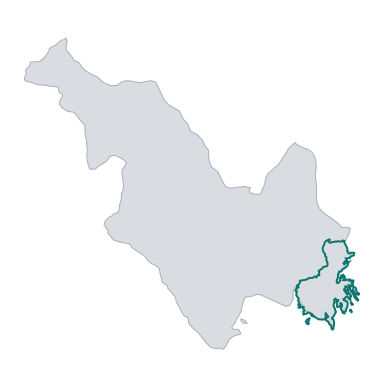 Hwanghae-namdo on a map of North Korea (Robinson projection), rotated 268°
{"feature_id": "PRK-3304", "entity_name": "Hwanghae-namdo", "entity_type": "Province", "adm_level": 1, "iso_a3": "PRK", "parent_name": "North Korea", "parent_adm1": "", "projection": "robinson", "projection_center": [125.529, 38.191], "detail": "fine", "context": "in_parent", "style": "outline", "palette": "teal", "viewbox_px": 384, "rotation_deg": 268, "n_neighbors": 0, "source": "natural_earth", "source_scale": "10m", "svg_char_len": 8828}
<svg xmlns="http://www.w3.org/2000/svg" viewBox="0 0 384 384"><g transform="rotate(268 192 192)"><path d="M237.8,297.0L236.0,298.0L233.0,303.2L230.2,309.8L227.5,313.3L224.3,315.3L220.9,316.5L214.1,317.0L208.0,316.5L206.0,315.8L197.6,316.2L195.2,316.7L183.1,316.2L176.7,316.7L172.7,318.0L168.6,320.7L165.1,324.7L162.0,329.0L155.7,336.8L151.3,340.6L151.3,346.1L151.2,347.8L149.7,349.0L149.1,348.5L146.5,348.1L136.2,343.0L127.7,346.1L125.6,350.1L123.3,351.4L119.9,343.6L114.4,343.3L105.6,336.4L101.8,337.8L100.9,340.6L96.1,346.9L89.3,352.2L87.1,352.9L84.7,352.5L85.0,351.1L82.3,345.2L71.6,342.8L67.8,340.3L65.9,339.7L76.3,333.2L79.0,332.0L77.0,330.5L74.7,329.7L66.2,330.7L61.7,328.6L55.3,329.2L50.8,327.5L60.1,321.1L60.5,317.3L60.4,314.4L65.2,305.9L70.0,301.1L82.3,294.4L87.6,293.5L91.5,293.8L94.7,293.2L91.3,290.6L88.1,289.4L81.7,289.6L75.1,285.8L74.5,281.7L87.3,256.0L87.5,253.6L85.5,247.4L84.9,241.3L75.8,237.8L71.7,237.3L60.0,230.5L55.3,227.0L53.5,228.0L53.1,233.5L51.5,234.7L48.4,235.8L46.9,229.5L44.3,225.0L36.6,220.3L33.8,217.8L35.2,212.3L34.5,211.8L35.8,205.7L40.6,200.9L52.3,192.5L55.3,188.5L61.2,183.9L63.9,184.0L66.6,183.6L67.5,181.6L68.1,180.0L70.5,178.5L76.1,176.0L82.6,172.6L87.7,171.6L94.1,166.6L96.6,164.3L99.2,164.3L99.9,163.3L101.4,160.7L103.4,159.0L106.2,158.7L110.7,157.4L116.5,156.7L120.3,152.4L121.7,149.4L124.2,146.0L129.7,142.4L133.4,137.0L137.6,131.1L139.5,129.3L141.5,128.9L142.6,126.7L143.9,120.5L145.8,114.4L147.0,111.6L151.7,108.4L152.9,106.9L154.0,106.4L156.2,106.8L159.2,105.0L162.0,103.0L164.6,103.7L167.2,105.4L169.9,108.7L171.1,111.4L173.3,113.6L173.7,116.9L175.9,118.3L180.5,119.0L188.0,121.2L192.8,121.3L195.6,123.0L201.4,123.9L212.9,122.6L217.6,123.3L219.6,125.4L222.6,127.0L224.5,127.1L227.0,124.3L229.7,119.8L231.4,116.4L231.3,113.6L229.7,110.7L225.9,107.9L223.3,103.7L220.9,99.3L219.5,97.9L218.3,95.8L218.1,92.5L218.9,90.3L224.6,88.9L231.9,88.0L237.9,88.9L247.8,88.3L253.9,87.1L258.4,87.3L262.6,87.2L264.4,85.4L270.2,80.9L273.0,79.3L276.0,76.2L276.4,73.0L277.0,70.4L278.7,67.7L281.7,64.3L284.2,62.7L287.1,62.9L290.2,64.5L292.1,66.0L294.3,65.6L296.1,62.9L297.3,62.4L300.7,62.1L301.8,60.5L303.0,52.6L304.2,46.4L304.4,42.0L307.3,34.8L308.2,30.5L310.0,28.5L312.2,28.6L314.0,29.9L316.2,30.6L319.2,29.9L321.3,31.0L322.7,33.4L327.1,35.0L327.6,36.1L327.6,44.0L330.2,47.6L333.5,51.0L338.0,54.0L340.4,54.6L341.9,56.8L343.3,60.5L346.5,64.1L348.3,66.8L348.7,69.5L350.2,71.1L347.7,72.7L344.3,71.7L338.7,71.1L331.7,76.5L327.8,78.4L325.2,83.6L319.7,86.8L316.7,90.1L312.9,95.9L310.4,101.5L304.5,107.2L301.1,114.4L301.1,120.5L305.0,126.8L305.5,132.2L303.0,143.2L304.7,155.0L303.1,159.6L284.8,167.6L280.1,171.6L273.4,182.0L265.2,185.8L260.1,190.1L253.0,192.6L248.6,199.9L243.6,204.1L237.7,206.6L233.3,209.8L223.3,210.1L216.3,212.3L211.3,218.5L196.3,225.5L194.3,230.8L195.3,239.0L195.5,245.3L194.2,250.5L190.9,249.0L189.1,250.7L187.2,255.5L187.8,260.9L193.0,262.7L197.2,264.9L203.2,266.1L207.7,268.6L217.2,280.1L224.9,285.1L226.9,287.0L231.3,289.5L235.4,293.5L237.8,297.0ZM61.9,240.7L59.0,242.4L58.9,239.3L61.1,236.6L63.4,236.3L61.9,240.7Z" fill="#d9dde1" stroke="#a8b0b8" stroke-width="1"/><path d="M137.8,342.4L137.6,342.2L136.6,342.3L135.6,342.7L131.6,344.7L130.6,345.1L129.4,345.2L127.5,345.1L126.5,345.4L125.4,346.0L125.0,346.5L124.9,346.7L125.5,349.2L125.8,349.8L125.7,350.7L125.4,352.0L123.0,351.5L122.3,349.0L121.8,347.8L121.0,347.9L120.6,347.7L120.3,346.3L120.2,343.5L118.7,344.5L118.0,344.5L117.7,343.3L117.4,342.6L116.6,341.8L115.8,341.2L115.3,340.9L114.5,341.6L114.8,342.3L116.0,343.3L116.1,343.9L116.5,345.6L116.7,346.5L116.2,346.0L115.1,345.4L114.6,345.2L113.4,345.1L112.9,344.7L112.0,343.9L109.5,340.1L109.3,339.4L109.0,339.0L107.7,338.8L107.4,338.5L107.3,338.0L107.3,337.4L107.4,336.2L107.1,336.0L105.8,335.8L104.9,335.2L104.5,335.0L102.3,334.9L101.4,334.8L99.4,333.8L98.1,333.5L96.8,333.5L95.9,334.0L95.9,335.0L96.8,336.0L98.1,336.8L99.1,337.1L100.8,336.9L101.3,337.2L101.0,338.4L102.0,338.1L102.5,338.1L103.1,338.4L102.5,339.2L102.0,340.1L103.0,340.1L103.4,340.0L103.8,339.7L104.1,340.1L102.9,341.2L102.2,341.5L101.3,341.8L100.5,341.7L99.9,341.3L98.6,340.1L98.4,341.6L98.9,343.0L99.1,344.4L98.2,345.6L98.9,346.3L99.2,346.5L99.0,347.0L98.7,347.3L97.7,347.3L97.5,347.5L97.9,348.6L98.0,349.5L98.0,350.0L97.7,350.2L97.1,350.2L96.6,350.1L96.2,349.9L95.7,349.4L95.9,349.3L96.1,349.0L95.5,348.7L94.9,348.6L94.5,348.9L94.4,349.6L94.0,349.7L93.4,349.6L92.9,349.1L93.3,348.1L92.1,349.2L91.4,350.7L90.6,352.1L88.8,352.8L87.0,352.9L86.1,353.0L85.7,353.4L85.4,354.4L84.8,355.3L84.1,355.5L83.5,354.9L84.2,351.7L85.0,350.3L86.3,350.7L89.1,349.4L88.3,349.0L86.6,349.3L85.7,349.0L86.3,348.1L87.4,347.3L88.6,346.7L89.7,346.5L92.2,347.0L93.1,346.8L93.3,345.2L92.5,345.5L91.8,345.4L91.2,345.0L90.8,344.3L92.3,342.7L92.4,342.0L91.0,341.8L90.1,341.4L89.6,340.8L89.1,340.4L88.1,340.9L88.4,341.8L87.1,341.8L86.5,341.9L86.0,342.2L87.0,342.6L88.2,343.3L89.2,344.2L89.1,345.2L88.1,344.4L86.8,343.8L85.4,343.6L84.2,343.9L84.5,344.3L84.8,344.7L85.7,345.2L84.1,346.5L83.1,347.1L82.1,347.3L82.1,346.9L82.0,346.6L81.8,346.5L78.6,346.5L79.3,345.5L81.5,344.2L82.1,343.0L81.8,342.0L79.5,340.8L79.7,339.7L78.7,339.9L78.1,340.7L77.6,341.9L77.1,342.8L76.3,343.4L75.4,343.7L74.5,343.7L71.6,343.2L71.0,343.0L69.6,341.9L69.1,341.8L67.9,341.7L67.1,341.3L66.8,340.5L67.1,339.2L65.9,340.0L65.4,340.1L65.6,339.1L66.1,338.4L66.7,338.1L67.7,338.0L68.3,337.8L69.6,336.8L70.3,336.7L71.0,337.0L72.4,337.8L73.3,338.0L74.1,337.9L74.8,337.8L75.4,337.4L75.9,336.7L75.5,336.3L74.9,336.7L74.4,336.8L73.8,336.5L72.7,335.6L72.3,335.4L72.0,334.6L71.9,333.4L72.4,332.9L74.5,332.9L76.7,332.5L77.3,332.7L77.5,333.2L77.6,333.8L77.9,334.2L79.0,334.3L79.3,332.2L80.4,331.7L79.9,330.7L79.1,330.3L77.1,330.4L76.2,330.2L74.4,329.6L73.6,329.5L72.8,329.6L70.3,330.8L67.9,331.3L67.2,331.7L63.3,329.5L61.6,327.8L60.6,327.4L60.2,328.5L59.6,328.9L58.3,329.2L56.0,329.5L50.1,328.4L49.6,327.8L49.9,327.0L51.1,326.6L53.5,326.4L54.5,325.9L55.0,324.7L55.3,324.5L57.4,324.0L57.8,323.6L58.6,322.0L59.2,321.5L60.3,321.3L61.2,321.8L62.5,323.8L63.0,323.6L66.1,321.5L64.8,321.0L62.2,321.4L60.7,320.4L60.0,319.6L59.9,319.1L59.9,318.1L60.4,314.2L60.6,313.6L62.9,310.3L63.2,309.5L63.8,307.7L64.4,307.1L64.8,306.9L65.1,307.0L65.2,307.4L65.1,308.3L65.8,307.7L66.6,306.3L67.4,304.8L67.6,303.7L67.3,303.1L66.4,302.4L66.2,301.8L66.4,300.6L66.3,300.1L65.6,299.5L65.7,299.0L66.4,298.9L67.4,299.5L68.0,299.1L68.4,299.0L68.7,299.6L69.5,300.4L70.6,299.5L71.8,298.9L73.0,299.7L73.4,299.0L73.3,297.9L73.5,296.9L72.9,296.4L72.5,295.7L72.5,294.9L72.8,294.4L73.5,294.6L74.5,296.5L75.7,296.3L75.9,295.9L75.6,295.0L75.7,294.2L76.1,294.3L76.4,294.9L76.9,295.2L78.5,294.9L79.7,294.2L80.1,294.1L80.6,294.6L81.8,295.0L82.3,294.5L82.8,294.2L83.3,293.6L84.1,293.1L85.3,292.6L87.2,292.7L88.3,293.1L89.0,293.2L89.1,292.9L89.2,292.5L89.4,292.1L90.0,291.9L92.3,293.2L92.5,293.7L92.7,294.9L93.0,295.2L93.6,295.1L93.8,294.5L94.0,293.9L94.2,293.6L94.7,293.7L95.2,294.1L95.6,294.6L95.7,295.0L96.3,295.9L97.5,296.6L98.9,296.8L99.4,296.7L99.6,297.0L99.8,297.7L99.8,299.4L100.2,300.7L100.2,302.3L100.3,302.7L100.9,303.8L101.2,304.8L102.1,306.3L102.1,306.7L101.9,308.0L101.9,308.9L102.0,309.5L102.2,310.0L103.2,311.3L103.3,311.8L103.1,312.3L102.7,312.8L102.3,313.1L102.3,313.3L102.6,313.6L103.6,314.1L104.6,315.0L104.7,315.3L104.6,315.5L104.3,315.9L104.2,316.1L104.3,316.3L105.0,316.4L105.9,316.1L106.3,316.1L107.4,316.3L108.2,315.9L108.5,315.8L108.8,316.0L109.1,316.3L109.3,317.0L110.0,317.7L110.1,318.3L110.4,318.8L110.8,319.2L112.2,320.3L112.4,320.7L112.6,321.3L113.1,323.7L113.3,324.3L113.6,324.6L114.1,324.9L115.4,325.0L117.7,324.6L119.3,323.8L119.8,323.8L121.4,324.2L121.9,324.1L122.3,323.9L122.8,323.3L123.4,322.8L124.1,322.7L125.0,323.0L125.3,322.9L127.5,321.2L130.0,320.7L131.1,320.7L131.8,320.8L133.0,321.2L134.4,322.0L137.1,323.1L138.0,323.8L138.4,324.4L138.8,325.0L139.7,327.0L139.7,327.7L139.6,328.0L139.4,328.1L139.0,327.8L138.6,326.6L138.5,326.4L138.2,326.4L137.5,327.1L136.8,327.5L136.6,327.9L136.4,328.6L136.4,329.1L137.0,329.7L137.2,330.2L137.0,331.8L137.6,333.1L137.2,334.1L137.4,335.1L137.7,335.8L137.8,336.3L137.4,337.4L137.2,339.3L137.3,339.9L137.6,340.3L138.2,340.9L138.3,341.2L138.1,341.8L137.8,342.4ZM60.3,302.4L61.5,304.3L61.6,305.0L59.5,304.4L58.4,304.0L57.5,303.3L56.3,304.1L55.9,303.6L56.1,302.6L58.0,301.4L58.6,301.2L58.9,301.8L59.7,302.1L60.3,302.4ZM81.7,350.6L83.6,349.8L82.4,351.5L81.5,352.3L80.2,353.2L79.7,353.6L79.0,354.0L78.0,354.3L77.7,353.8L79.2,352.1L79.9,351.7L80.4,351.9L80.7,351.0L80.9,351.0L81.3,350.6L81.7,350.6ZM74.0,348.8L73.6,347.9L74.9,347.0L75.8,346.7L76.0,346.7L76.2,346.9L76.3,347.2L76.1,347.3L75.9,347.4L74.4,348.7L74.0,348.8ZM68.0,345.6L68.5,345.7L68.7,346.3L68.6,346.8L68.3,346.8L67.7,347.3L67.2,347.5L66.7,347.5L66.3,347.3L66.3,347.1L67.1,346.5L67.7,346.8L67.9,346.7L68.0,346.3L67.9,346.0L68.0,345.6Z" fill="none" stroke="#0f766e" stroke-width="2"/></g></svg>